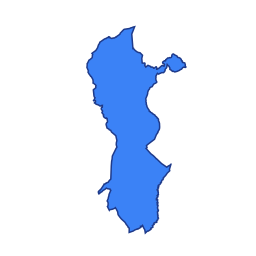 Curatele, Bihor, Romania (Natural Earth projection), rotated 292°
{"feature_id": "2599482B66131117127399", "entity_name": "Curatele", "entity_type": "district", "adm_level": 2, "iso_a3": "ROU", "parent_name": "Romania", "parent_adm1": "Bihor", "projection": "natural_earth1", "projection_center": [22.466, 46.727], "detail": "fine", "context": "isolated", "style": "filled", "palette": "blue", "viewbox_px": 256, "rotation_deg": 292, "n_neighbors": 0, "source": "geoboundaries", "source_scale": "gbopen_adm2", "svg_char_len": 5836}
<svg xmlns="http://www.w3.org/2000/svg" viewBox="0 0 256 256"><g transform="rotate(292 128 128)"><path d="M104.0,182.7L105.2,181.9L110.4,181.4L110.3,181.2L109.7,181.2L107.7,179.5L106.2,178.6L107.6,172.4L110.2,165.9L110.1,165.5L110.6,164.8L111.8,161.9L112.7,158.7L115.8,152.4L116.9,153.0L118.6,151.7L120.9,152.9L127.5,156.8L132.5,156.8L134.1,157.2L135.1,157.4L135.3,157.1L138.1,157.5L139.0,157.5L140.7,157.0L144.2,155.4L145.3,154.5L145.7,154.0L146.7,153.2L147.5,153.0L148.1,152.1L148.1,151.4L148.6,151.1L149.2,149.7L149.3,149.0L150.2,147.8L150.1,147.4L150.5,145.8L150.4,145.4L151.0,144.5L151.0,142.9L151.6,142.4L151.5,141.5L152.5,140.8L153.6,139.1L155.0,137.5L156.2,136.8L156.7,136.1L158.1,135.6L159.1,134.7L160.6,134.3L161.7,133.5L166.0,133.5L167.4,133.3L168.4,132.9L170.6,132.8L172.2,133.3L173.5,133.2L174.5,133.9L175.1,134.7L175.6,135.0L177.0,135.1L178.7,135.6L179.8,136.7L181.0,137.5L181.7,137.3L182.7,136.1L184.6,135.1L185.8,134.9L186.4,134.4L189.1,134.7L189.7,134.8L189.4,136.0L189.5,136.3L190.4,136.9L191.1,137.8L191.9,138.4L192.6,140.2L192.8,140.3L194.2,140.8L195.4,140.8L196.1,140.5L197.3,140.7L197.9,141.1L198.6,141.2L201.5,140.6L201.1,141.3L200.6,142.9L199.2,144.4L198.0,144.9L197.8,146.5L197.5,147.0L197.2,148.1L197.6,148.5L197.5,150.4L198.9,152.3L200.6,154.0L201.8,154.7L202.6,155.6L204.5,156.1L205.2,156.8L205.7,158.6L205.9,158.8L206.2,158.8L206.6,158.5L206.6,158.1L207.0,157.8L208.2,157.4L209.6,156.2L209.2,154.0L210.1,153.6L210.5,153.2L210.6,152.8L210.4,152.5L211.5,151.7L212.2,150.5L212.4,148.7L212.1,148.1L212.2,147.5L212.4,147.1L213.0,146.7L213.2,145.4L213.2,144.4L213.6,142.6L213.6,142.2L213.0,141.6L212.0,141.4L210.5,141.8L209.6,141.6L209.1,141.1L208.8,140.1L208.3,139.7L207.8,138.6L206.0,137.8L205.5,137.4L204.5,137.6L204.1,137.3L204.0,136.6L202.4,135.6L201.9,135.5L201.1,136.0L200.8,136.5L201.0,137.2L200.6,138.0L198.8,138.2L198.8,136.5L198.5,136.0L195.2,134.4L193.3,132.9L193.2,132.6L193.4,132.5L194.4,132.3L195.3,131.4L195.0,130.8L193.4,130.0L193.0,129.3L193.5,128.7L193.6,128.3L193.6,127.7L193.0,126.6L193.6,125.9L193.5,125.5L193.6,123.0L191.2,121.7L191.8,121.0L192.0,120.3L192.9,119.9L193.6,119.9L194.3,119.5L194.5,119.1L193.8,117.8L193.6,116.8L197.7,114.7L200.9,114.2L202.3,110.9L201.9,109.2L202.0,107.8L202.6,105.6L203.5,103.6L203.9,103.3L203.5,102.8L216.5,96.3L224.4,96.2L223.3,94.7L222.8,94.4L222.1,93.3L220.8,92.1L218.2,87.7L217.7,87.2L213.0,85.3L212.2,85.4L210.8,84.7L208.9,83.4L208.4,83.3L208.0,83.1L208.0,82.7L206.8,82.0L206.0,81.2L206.0,80.6L205.0,79.5L204.9,79.0L204.9,77.6L205.3,77.1L205.1,76.9L205.5,76.5L205.4,75.9L204.9,75.7L204.6,76.1L204.4,75.4L203.3,74.4L202.7,74.2L202.5,73.6L201.5,72.7L196.9,69.7L195.8,69.9L194.2,69.5L190.8,69.7L189.2,69.4L187.8,69.1L183.7,66.6L183.0,67.7L181.9,67.8L180.1,68.4L179.5,68.3L177.2,67.1L176.3,66.4L172.9,66.2L172.5,66.0L170.4,66.8L168.8,67.2L166.1,69.9L164.8,70.0L163.3,71.9L162.7,73.0L161.9,74.1L162.0,74.5L161.4,75.3L159.8,77.3L157.6,78.5L156.6,78.7L156.5,79.6L155.9,81.5L155.4,82.4L154.2,82.6L153.3,83.1L151.0,81.9L150.8,81.6L150.3,81.6L144.9,84.5L143.9,85.5L143.7,86.1L141.2,86.0L140.7,85.7L140.4,86.1L141.1,87.0L141.2,87.5L140.4,87.8L140.1,88.2L139.1,88.0L138.6,86.9L138.7,87.9L138.1,89.6L138.3,92.0L137.9,93.6L138.2,94.5L138.8,94.8L138.7,95.0L138.8,95.3L139.3,95.8L137.6,96.4L137.1,95.8L135.9,95.9L135.4,96.2L134.2,98.1L132.4,98.1L131.0,100.6L130.2,100.5L129.5,101.1L129.0,101.8L128.6,103.5L128.7,104.0L129.1,104.3L128.7,104.7L128.9,105.1L126.3,106.6L125.5,106.7L125.0,106.3L123.7,106.2L123.0,106.4L120.1,108.6L119.8,110.7L119.4,111.1L119.3,112.1L119.4,112.8L118.1,114.2L116.3,119.6L112.2,122.4L110.0,122.7L108.0,123.4L106.1,124.9L104.5,124.6L96.1,124.0L93.2,124.9L91.0,125.3L86.6,126.7L74.2,131.2L72.2,130.3L70.3,130.0L69.4,128.9L68.7,128.6L68.7,128.3L67.1,127.4L67.2,127.1L67.0,126.8L66.4,126.9L61.0,125.8L60.8,125.5L60.1,125.2L59.4,125.4L58.8,124.6L57.6,124.4L56.0,125.5L56.2,125.9L57.3,126.2L57.5,126.6L58.4,127.0L59.0,127.6L60.6,128.2L62.6,129.7L64.1,130.4L64.0,131.6L64.6,134.3L63.9,134.8L63.8,135.4L59.3,135.3L58.3,135.6L56.3,135.8L55.0,136.1L52.5,136.0L51.7,137.2L50.7,137.8L48.3,138.6L47.5,138.3L44.7,141.5L45.3,141.6L46.9,144.0L48.5,145.7L49.4,146.1L48.4,147.5L46.5,149.7L43.9,151.3L42.5,153.5L41.2,155.8L39.6,160.2L38.8,161.5L37.9,162.5L37.5,163.4L36.5,165.0L35.9,165.4L35.8,166.2L35.5,166.7L31.6,168.2L34.5,171.5L35.9,172.4L38.3,174.9L38.1,175.1L40.7,177.1L41.5,176.5L41.9,177.6L42.7,177.6L43.2,177.9L41.2,180.0L39.9,181.7L37.1,183.4L39.3,184.4L39.9,185.0L40.0,185.4L42.6,187.2L43.0,186.9L43.3,187.1L43.8,186.8L45.2,188.2L46.2,187.8L46.7,187.2L48.3,188.3L48.7,187.7L49.6,187.8L49.6,188.0L50.3,188.2L50.5,189.0L51.4,189.9L52.1,189.2L52.9,189.4L52.7,189.4L52.9,189.7L53.4,189.5L54.1,190.0L55.3,189.7L55.8,190.0L56.0,189.8L55.8,189.7L56.5,189.3L56.4,189.1L56.6,188.9L58.4,188.5L58.4,188.1L59.3,187.7L60.0,187.5L60.4,187.1L61.3,186.8L61.7,187.0L61.9,186.7L62.7,187.1L63.3,186.9L63.5,186.2L64.5,185.7L64.9,185.2L65.6,185.2L66.4,184.9L67.0,185.0L67.1,184.7L67.3,184.7L67.4,184.2L67.8,184.1L67.9,183.9L68.5,184.1L68.6,183.8L69.1,183.8L68.9,183.6L69.0,183.4L69.7,183.6L69.9,182.9L70.7,183.1L71.4,182.7L72.3,182.5L72.2,182.3L72.6,182.0L72.1,181.7L72.1,181.2L72.6,181.2L73.2,180.8L73.4,180.9L73.3,181.1L74.0,180.9L75.0,181.3L75.0,181.1L75.3,181.0L75.4,181.3L76.0,181.2L76.3,180.7L76.4,180.9L76.8,180.7L77.2,181.1L77.5,181.1L77.5,180.7L78.0,180.8L78.2,180.6L78.3,180.3L78.3,180.5L78.7,180.5L79.5,180.3L80.0,179.6L80.5,179.7L81.0,179.5L81.4,178.3L81.9,178.1L82.4,178.4L82.2,178.4L82.3,178.7L82.9,178.4L83.6,178.6L83.8,178.4L84.0,178.6L84.4,178.0L84.7,178.1L84.6,177.9L85.9,177.8L86.1,177.6L86.6,177.8L86.9,178.4L88.9,179.1L89.3,179.0L89.5,178.7L90.3,179.3L90.7,179.2L91.0,179.0L92.1,179.0L92.7,179.2L93.0,179.7L93.6,179.8L94.9,179.4L95.2,179.7L95.4,179.6L98.1,180.7L100.9,181.3L104.0,182.7Z" fill="#3b82f6" stroke="#1e3a8a" stroke-width="1.5"/></g></svg>